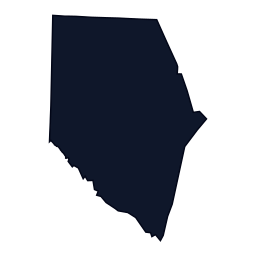 the district of Spartanburg, South Carolina, United States of America
{"feature_id": "52423323B24740485283278", "entity_name": "Spartanburg", "entity_type": "district", "adm_level": 2, "iso_a3": "USA", "parent_name": "United States of America", "parent_adm1": "South Carolina", "projection": "robinson", "projection_center": [-82.102, 34.888], "detail": "fine", "context": "isolated", "style": "filled", "palette": "ink", "viewbox_px": 256, "rotation_deg": 0, "n_neighbors": 0, "source": "geoboundaries", "source_scale": "gbopen_adm2", "svg_char_len": 1451}
<svg xmlns="http://www.w3.org/2000/svg" viewBox="0 0 256 256"><path d="M73.8,165.4L78.4,168.0L83.2,178.7L85.1,176.2L87.7,180.6L93.0,180.4L94.5,189.5L98.3,191.1L96.7,195.2L101.0,196.4L106.1,202.5L114.9,208.3L118.2,210.8L127.8,212.5L135.7,217.5L145.8,232.1L150.6,232.7L151.9,236.6L155.5,234.6L160.4,240.6L163.2,235.4L167.6,216.3L172.2,204.1L184.7,146.6L197.1,130.1L206.5,118.9L199.5,111.5L193.3,112.4L187.1,90.8L181.3,74.0L177.2,73.9L177.5,69.4L177.6,66.7L176.8,64.1L169.2,47.5L166.6,41.8L156.7,19.7L141.2,19.2L127.9,18.6L118.1,18.1L106.5,17.8L103.8,17.7L91.2,17.3L86.2,17.0L76.2,16.4L67.5,16.2L64.7,16.2L62.0,16.0L59.0,15.8L52.8,15.4L51.6,73.1L50.9,105.9L50.9,106.0L50.4,118.8L50.3,122.4L49.8,133.9L49.5,141.7L50.9,140.4L54.3,144.1L54.3,144.3L54.4,144.6L54.5,144.8L55.0,144.9L55.1,145.0L55.3,145.2L55.5,145.4L55.8,145.5L56.1,145.7L56.4,146.0L56.5,146.2L56.6,146.3L57.0,146.2L57.4,146.2L57.6,146.3L57.9,146.5L58.1,146.8L58.3,146.9L58.8,147.2L58.9,147.5L59.2,147.8L59.3,148.0L59.5,148.4L59.7,148.6L59.9,148.9L60.0,149.0L60.3,149.3L60.4,149.5L60.5,149.9L61.0,150.4L62.6,152.5L63.1,152.7L63.4,153.1L63.6,153.3L64.0,154.0L64.3,154.3L64.5,154.5L64.7,155.0L64.9,155.3L65.1,155.5L65.3,155.7L65.6,156.4L65.8,156.8L65.8,157.4L65.7,157.6L65.7,158.1L65.8,158.1L66.3,158.2L66.5,158.1L66.9,158.0L67.6,157.7L67.9,157.6L68.1,157.6L68.4,157.8L68.3,158.1L68.6,158.7L69.0,159.1L68.2,161.4L72.3,166.8L73.8,165.4Z" fill="#0f172a" stroke="#020617" stroke-width="1.5"/></svg>